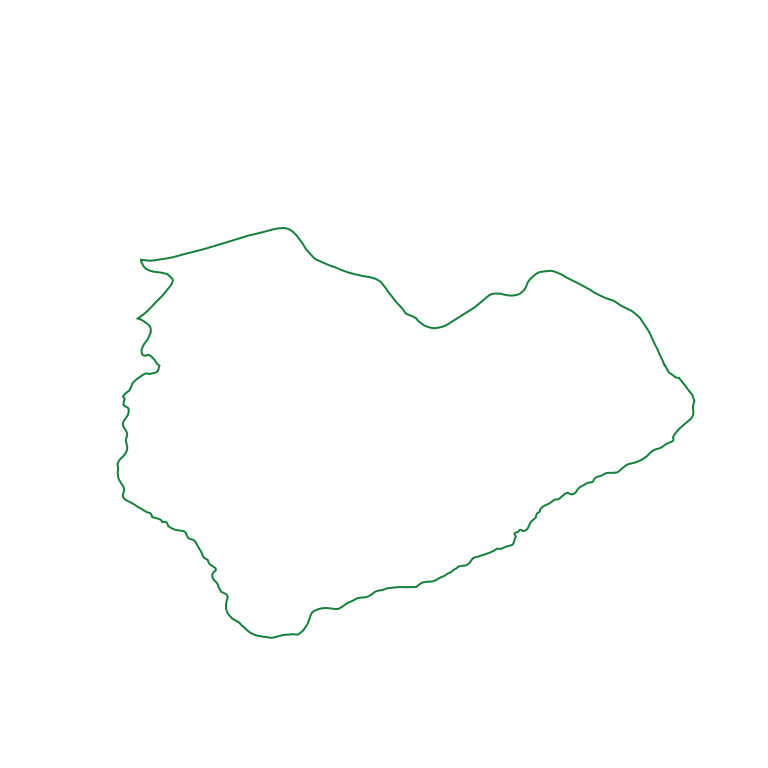 Buenavista, Quindío, Colombia, rotated 69°
{"feature_id": "7082276B42477107224042", "entity_name": "Buenavista", "entity_type": "district", "adm_level": 2, "iso_a3": "COL", "parent_name": "Colombia", "parent_adm1": "Quindío", "projection": "equal_earth", "projection_center": [-75.74, 4.37], "detail": "fine", "context": "isolated", "style": "outline", "palette": "green", "viewbox_px": 768, "rotation_deg": 69, "n_neighbors": 0, "source": "geoboundaries", "source_scale": "gbopen_adm2", "svg_char_len": 6165}
<svg xmlns="http://www.w3.org/2000/svg" viewBox="0 0 768 768"><g transform="rotate(69 384 384)"><path d="M511.1,100.3L509.1,100.3L505.1,100.0L496.3,102.7L495.9,102.7L493.0,103.5L490.1,104.6L487.9,105.1L484.4,106.4L484.0,106.3L482.7,109.0L482.2,109.4L476.9,112.7L475.3,113.9L470.7,114.6L467.3,114.9L467.3,115.5L463.1,115.4L458.1,115.9L448.1,116.4L442.5,117.0L434.2,117.5L429.8,117.9L414.5,121.2L411.0,122.8L406.2,125.5L403.7,127.3L399.5,131.3L395.8,134.6L390.8,138.1L388.4,140.1L383.4,146.1L378.6,150.8L374.5,154.5L370.2,157.6L360.5,165.8L350.2,175.3L346.4,178.1L342.2,182.3L340.1,184.6L338.1,187.5L336.2,194.5L335.3,198.6L335.4,200.7L335.9,203.2L337.4,207.5L338.7,210.5L340.9,213.7L344.6,217.0L346.7,220.0L347.9,223.1L348.5,225.6L348.4,227.9L347.6,232.2L345.6,236.7L341.2,243.4L339.3,248.1L338.6,250.8L339.0,254.4L343.9,268.9L345.1,272.7L351.0,302.6L351.5,306.0L351.5,309.3L350.7,314.2L349.9,317.2L348.8,319.4L346.0,323.1L343.5,325.7L337.8,329.3L333.7,330.7L329.7,334.6L326.6,337.9L324.9,338.7L321.2,339.6L317.9,340.7L313.2,342.7L308.7,344.2L300.7,346.6L296.1,347.8L287.8,350.3L285.0,352.2L282.5,354.5L279.0,359.2L275.9,364.6L271.7,370.9L267.5,376.8L261.8,383.5L258.5,386.7L254.3,391.8L244.0,402.3L241.1,404.3L230.1,408.5L227.3,409.1L224.6,409.4L214.1,412.3L208.9,414.7L206.0,416.7L204.6,418.1L202.4,421.7L200.8,427.1L199.8,432.8L198.9,442.0L196.8,458.0L195.6,476.2L193.7,501.7L193.0,508.7L190.9,526.3L190.1,534.8L189.1,541.1L187.5,548.0L186.5,553.3L184.9,558.6L182.4,563.6L180.9,566.3L182.5,566.8L185.3,566.6L188.3,566.2L191.6,564.6L194.1,562.2L196.5,559.0L199.8,552.7L202.7,548.3L204.0,546.9L205.8,545.8L210.2,543.8L211.2,543.9L212.3,544.4L214.1,546.0L215.8,548.1L222.3,559.6L226.2,568.4L228.6,573.1L231.6,580.0L233.0,584.2L234.6,590.5L236.1,588.4L238.9,586.1L243.2,583.3L245.9,582.0L248.7,582.0L250.5,582.5L252.7,583.6L254.7,585.7L256.3,587.1L257.7,588.8L260.5,593.3L262.7,595.9L264.1,597.1L265.4,598.1L267.2,598.8L268.7,599.1L269.9,599.1L270.7,598.6L271.6,597.7L272.1,596.1L272.3,594.3L272.6,593.2L273.6,592.2L275.8,591.0L278.2,589.9L281.6,589.0L283.1,588.8L284.3,588.4L286.3,587.1L288.9,588.8L290.6,590.5L291.2,591.6L291.4,592.8L291.3,595.0L290.7,599.2L290.3,599.9L289.4,601.0L289.0,602.0L288.8,603.4L288.9,604.8L289.3,606.8L290.7,612.5L291.6,615.2L293.0,618.2L294.3,619.6L296.5,621.5L298.2,623.3L299.0,624.5L299.6,627.2L300.7,630.0L302.1,632.1L303.1,631.7L304.2,631.6L305.4,631.7L308.5,634.1L309.4,634.6L310.3,634.6L311.9,633.8L314.4,631.6L315.9,631.4L317.4,631.9L318.7,632.5L320.9,634.0L322.2,635.6L324.8,639.6L326.1,641.1L327.5,641.9L328.5,642.4L329.6,642.5L331.3,642.4L334.2,641.8L337.0,641.5L338.2,641.6L339.4,642.0L340.7,642.8L343.7,645.1L346.1,645.6L350.4,646.1L352.1,646.8L353.8,647.8L355.6,649.6L357.0,651.6L358.2,653.7L359.9,657.8L361.3,659.7L362.5,660.9L363.8,661.6L367.9,662.6L371.8,664.6L376.1,665.6L377.9,665.7L381.8,665.1L385.7,664.2L388.2,664.1L389.7,664.3L393.5,667.3L395.1,668.0L396.4,668.0L398.2,667.4L400.0,666.4L406.9,660.3L410.9,657.6L413.3,655.4L415.5,653.9L416.7,652.8L417.7,652.2L418.8,651.1L420.4,648.9L421.6,648.2L423.3,647.9L425.1,648.1L429.6,642.2L430.6,641.3L431.8,640.7L433.5,640.5L433.7,638.8L434.3,637.6L435.1,636.8L436.1,636.4L439.4,636.3L442.5,634.0L444.6,632.0L445.8,630.4L449.1,624.6L449.7,623.7L451.2,622.6L452.4,622.3L456.1,622.3L457.4,622.0L458.7,621.0L460.7,618.6L462.1,617.3L463.6,616.6L466.6,616.3L475.7,614.8L478.0,614.8L481.6,614.4L482.7,613.7L484.6,611.9L485.2,611.6L487.6,611.7L488.8,611.5L490.6,610.8L495.1,607.6L496.4,607.3L497.2,607.5L497.9,608.3L498.7,610.3L499.4,611.6L500.2,612.6L501.3,613.0L503.4,613.5L505.4,613.2L507.3,612.5L508.9,611.6L510.6,611.2L512.2,611.0L513.5,611.3L519.6,610.5L523.9,606.4L526.7,606.1L530.5,608.9L533.4,610.6L537.0,611.9L539.9,612.2L542.9,611.9L545.6,611.0L546.7,610.4L548.5,609.8L550.2,608.5L551.2,607.5L552.6,606.7L553.9,605.2L556.1,604.2L558.7,603.2L561.9,601.4L564.2,600.4L566.1,599.3L568.9,597.5L573.0,593.4L576.9,586.8L578.5,583.6L580.0,581.6L580.6,580.0L581.1,578.0L581.6,574.0L582.1,568.1L585.0,558.7L587.1,554.2L586.5,551.6L585.2,547.9L580.8,541.5L577.5,538.7L576.0,537.1L573.6,535.4L571.2,532.5L570.7,529.1L570.7,525.3L571.4,521.1L572.6,517.8L576.9,509.5L577.6,506.9L577.2,503.9L575.7,498.1L575.3,494.8L575.1,490.7L574.6,487.4L574.6,484.9L575.3,481.5L576.3,478.5L576.7,474.9L576.2,471.5L574.7,466.6L575.0,462.7L575.8,459.4L575.9,454.2L577.2,448.9L579.4,441.4L581.5,436.6L585.1,426.4L584.4,424.7L583.3,421.0L583.2,419.2L583.8,415.6L585.4,410.6L585.8,408.7L585.8,406.8L585.6,404.8L585.1,402.6L584.9,400.8L584.7,396.1L584.0,393.3L583.7,391.4L583.7,389.1L582.3,384.8L582.1,382.6L581.6,381.5L581.3,380.0L581.2,378.8L581.5,376.9L582.4,373.7L582.7,372.3L582.5,370.7L581.3,367.5L580.4,366.6L580.1,365.7L579.3,364.8L578.9,363.9L578.5,363.1L578.4,361.8L578.9,358.1L578.9,355.1L579.3,349.4L579.3,344.3L579.0,340.7L578.3,337.6L578.5,336.8L579.5,334.9L579.8,334.0L579.6,328.5L579.7,327.3L579.9,326.7L579.9,324.9L580.2,322.4L580.0,321.3L578.9,320.0L577.4,318.7L575.4,317.3L573.6,315.6L571.5,316.0L570.7,315.8L570.0,315.3L569.9,313.7L570.1,311.6L569.9,311.1L569.2,310.4L568.8,309.6L569.1,308.7L569.7,308.0L570.9,307.1L571.3,306.2L571.4,304.7L571.2,303.4L570.5,301.8L565.7,296.7L564.8,295.3L564.3,293.5L563.3,290.6L562.6,289.8L560.8,288.8L560.1,288.0L559.6,287.2L559.3,285.4L558.9,284.5L558.4,283.9L557.7,283.7L557.1,283.2L555.9,281.0L555.3,279.2L555.1,277.9L554.8,272.6L554.5,271.3L553.2,266.7L553.2,265.3L553.6,264.5L554.0,262.4L553.8,261.2L551.4,254.6L551.2,252.8L551.2,252.0L551.5,251.5L553.9,249.1L554.4,248.1L554.4,245.3L554.1,244.1L552.0,241.4L550.9,239.2L550.5,237.9L549.9,233.5L549.5,231.7L549.3,229.7L549.4,228.3L550.2,225.0L550.1,224.2L549.8,223.6L549.0,222.9L547.7,221.2L547.1,219.5L547.1,218.5L547.4,214.1L546.8,208.4L547.1,207.0L549.3,201.2L550.0,198.1L550.0,197.2L546.7,187.4L546.5,185.9L546.4,184.3L547.3,177.8L547.3,173.6L547.0,170.3L546.4,167.4L545.6,164.4L544.1,161.3L542.9,158.4L542.4,155.3L542.4,153.6L542.7,150.4L542.7,148.8L542.4,146.5L541.1,141.8L540.9,135.5L540.5,134.3L540.1,133.9L537.3,133.2L535.2,130.9L532.9,126.9L531.4,123.8L526.1,109.2L523.8,106.6L520.7,105.0L517.7,104.4L514.9,103.2L511.1,100.3Z" fill="none" stroke="#15803d" stroke-width="2"/></g></svg>